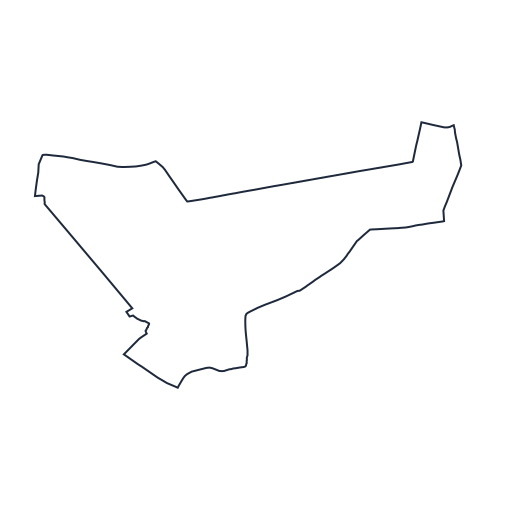 the district of Tan Chau, An Giang, Vietnam, rotated 84°
{"feature_id": "81297802B24408052099516", "entity_name": "Tan Chau", "entity_type": "district", "adm_level": 2, "iso_a3": "VNM", "parent_name": "Vietnam", "parent_adm1": "An Giang", "projection": "robinson", "projection_center": [105.189, 10.814], "detail": "fine", "context": "isolated", "style": "outline", "palette": "slate", "viewbox_px": 512, "rotation_deg": 84, "n_neighbors": 0, "source": "geoboundaries", "source_scale": "gbopen_adm2", "svg_char_len": 3214}
<svg xmlns="http://www.w3.org/2000/svg" viewBox="0 0 512 512"><g transform="rotate(84 256 256)"><path d="M133.4,457.8L142.0,462.5L150.2,463.8L158.2,466.0L166.3,468.0L173.3,469.6L173.5,462.5L173.7,462.1L174.3,461.1L174.6,460.8L175.3,460.3L176.0,460.3L177.2,460.5L178.4,460.6L180.8,460.5L181.9,460.8L182.6,460.6L205.8,444.8L222.3,433.6L257.1,410.0L295.1,384.5L298.0,390.7L302.9,388.1L303.0,387.9L302.5,385.6L302.4,384.8L302.4,384.4L303.5,383.4L305.0,381.7L305.8,380.9L307.3,378.5L308.3,376.9L308.7,375.6L309.2,374.3L309.1,373.7L309.3,373.1L310.6,371.3L311.7,369.6L311.9,369.4L312.4,369.4L313.8,370.2L314.3,370.6L314.7,370.8L315.3,371.0L315.6,371.0L315.8,371.3L316.0,371.7L316.3,372.0L317.1,372.3L317.9,372.8L318.4,373.2L318.8,373.6L319.9,373.5L320.4,373.3L321.8,372.8L325.0,378.9L326.2,380.9L331.1,386.9L340.0,397.7L351.3,384.7L353.4,382.1L353.8,381.5L366.6,366.6L373.1,357.8L378.2,348.6L378.8,347.6L377.4,346.7L374.9,344.9L373.0,343.5L370.1,341.3L368.0,339.4L366.3,336.9L364.3,332.1L363.3,325.4L362.1,317.0L362.1,314.0L363.0,311.2L364.6,308.1L366.5,304.5L367.0,301.6L367.0,299.7L365.9,294.4L365.9,292.6L365.5,290.4L365.5,288.3L365.2,283.8L365.1,279.6L364.7,278.1L363.9,277.4L363.5,277.3L362.2,276.9L361.5,276.4L359.4,276.3L358.5,275.9L357.3,275.9L356.7,275.8L356.3,275.8L353.8,274.8L349.0,274.3L339.6,274.2L331.5,274.2L328.4,274.1L324.6,273.9L318.9,273.4L314.5,272.7L312.6,271.6L311.7,270.2L310.6,267.5L307.7,259.7L305.5,252.4L302.0,239.1L299.8,231.9L299.5,230.9L295.1,218.5L295.1,216.2L291.6,209.4L290.7,208.0L287.6,202.3L285.9,199.5L283.4,194.6L282.6,193.3L280.4,188.8L279.7,187.5L276.5,181.2L274.0,176.7L272.0,173.2L268.6,169.1L265.0,165.6L263.7,164.7L261.5,162.5L257.4,159.0L251.7,154.1L250.7,152.5L249.3,150.6L245.8,145.8L241.7,139.9L241.7,138.4L241.7,138.2L242.1,131.6L242.4,124.8L242.7,118.5L243.1,111.9L243.1,109.4L243.3,104.3L243.1,100.8L242.7,96.6L242.3,93.9L242.1,89.9L242.1,87.3L241.7,82.5L241.6,80.3L241.5,75.0L241.4,73.2L241.2,67.6L241.0,65.3L230.4,64.9L226.3,62.9L222.4,60.7L211.5,55.2L208.1,53.5L197.1,47.4L193.1,45.3L187.4,42.4L181.4,42.7L176.4,43.3L167.0,43.9L163.9,44.1L159.8,44.7L156.4,45.0L153.7,45.2L150.8,45.1L149.3,45.4L146.6,45.7L147.1,47.5L147.8,49.4L148.0,50.6L148.1,52.3L148.0,53.5L147.7,55.6L146.3,59.8L144.2,66.2L143.0,69.6L141.4,74.2L140.3,77.5L146.2,79.4L150.9,81.0L158.9,83.7L160.7,84.4L163.9,85.5L166.4,86.3L178.4,90.1L178.8,90.6L179.9,104.5L182.4,144.4L188.2,226.9L188.4,230.6L188.6,232.9L188.9,237.2L189.2,240.6L189.4,243.5L189.6,245.8L189.9,249.7L190.1,252.4L190.3,256.0L190.5,258.6L190.6,260.2L190.8,263.0L191.1,266.6L191.4,269.7L191.5,272.0L191.7,274.7L191.9,277.9L192.1,279.6L192.2,281.6L192.4,283.6L192.6,285.7L192.9,289.9L193.2,293.6L193.3,295.9L193.6,299.0L193.9,302.8L194.1,306.5L194.5,314.5L194.6,316.5L194.6,318.7L192.7,319.9L181.9,326.0L171.5,331.7L168.1,333.6L161.0,337.4L157.9,339.4L154.4,342.7L151.3,345.8L151.7,347.7L153.2,353.3L153.7,355.8L154.1,360.2L154.4,365.9L154.1,372.0L153.7,378.0L153.5,379.8L152.7,384.6L150.6,390.7L149.3,394.9L147.4,401.3L145.6,407.7L143.9,414.1L142.0,420.8L139.4,428.2L137.9,433.9L137.0,436.8L136.0,441.6L135.2,445.5L134.9,447.0L134.2,450.1L133.3,454.3L133.2,456.9L133.4,457.8Z" fill="none" stroke="#1e293b" stroke-width="2"/></g></svg>